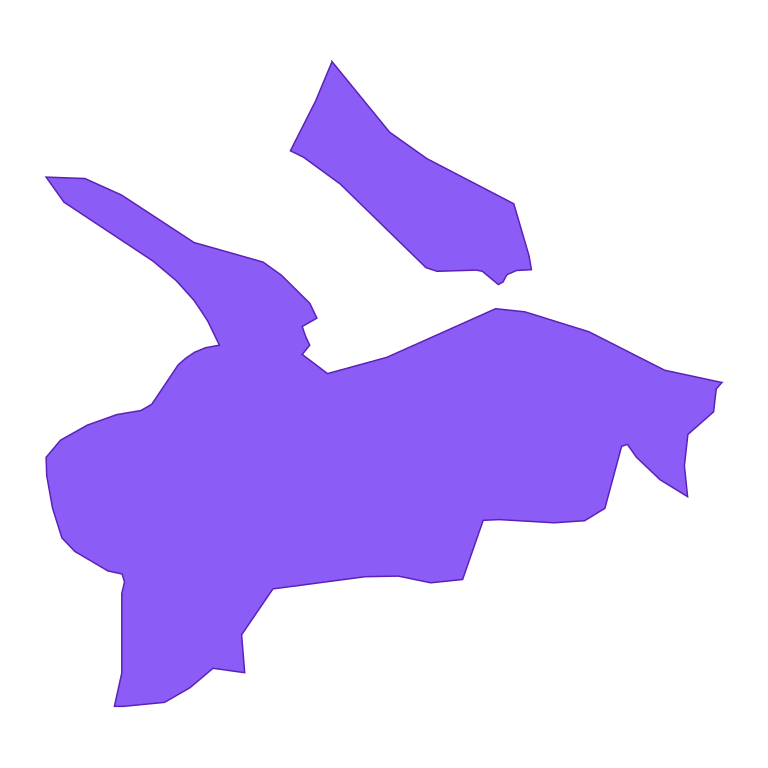 SVG path tracing the border of Kilinŏchchi
{"feature_id": "LKA-2460", "entity_name": "Kilinŏchchi", "entity_type": "District", "adm_level": 1, "iso_a3": "LKA", "parent_name": "Sri Lanka", "parent_adm1": "", "projection": "robinson", "projection_center": [80.291, 9.445], "detail": "fine", "context": "isolated", "style": "filled", "palette": "violet", "viewbox_px": 768, "rotation_deg": 0, "n_neighbors": 0, "source": "natural_earth", "source_scale": "10m", "svg_char_len": 1283}
<svg xmlns="http://www.w3.org/2000/svg" viewBox="0 0 768 768"><path d="M114.4,706.3L121.8,673.0L121.8,593.5L124.5,581.9L122.1,574.0L108.0,571.0L74.9,551.5L61.9,537.9L53.8,512.2L52.4,507.5L46.7,475.5L46.1,457.3L60.5,440.2L87.1,425.2L116.7,414.6L141.0,410.5L151.8,404.2L178.3,364.7L181.3,362.1L185.9,358.1L194.7,352.2L205.6,347.7L219.4,345.2L207.9,321.4L201.1,310.9L194.1,300.5L176.4,280.8L153.0,261.1L64.0,202.2L46.1,177.1L84.9,178.5L121.6,195.1L194.0,242.5L263.1,262.1L281.4,275.2L309.8,303.3L316.9,318.1L302.2,326.5L305.4,335.9L309.7,345.2L302.2,354.5L302.3,354.5L327.5,373.6L386.9,357.3L495.6,308.7L524.8,311.8L589.0,331.8L664.6,370.2L721.7,382.5L721.9,382.5L716.2,389.1L713.6,411.8L687.9,434.4L684.4,465.7L687.6,496.7L660.1,479.8L636.5,457.3L627.4,444.4L621.6,446.3L604.9,508.3L584.7,520.7L554.2,522.8L499.4,519.6L483.2,520.3L462.6,579.5L430.7,582.8L398.3,576.1L365.3,576.7L272.9,588.9L241.6,634.8L244.7,672.7L213.0,668.3L190.0,687.7L164.6,702.3L123.2,706.4L114.4,706.3ZM332.0,61.6L389.6,132.2L427.0,158.7L513.8,203.8L529.1,256.0L531.4,269.7L516.5,270.5L507.1,274.6L505.7,276.9L503.1,281.9L498.4,284.6L482.4,271.3L476.1,270.1L437.0,271.3L425.9,267.6L340.3,184.1L303.6,157.3L290.4,150.8L315.7,100.8L332.0,61.7L332.0,61.6Z" fill="#8b5cf6" stroke="#5b21b6" stroke-width="1.5"/></svg>